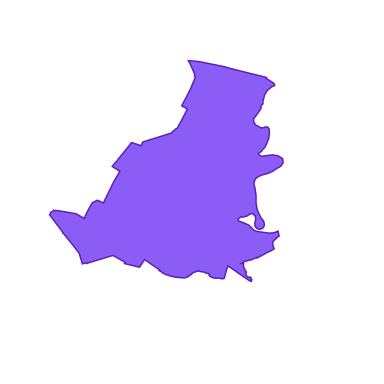 outline of Dridu, Ialomita, Romania, rotated 53°
{"feature_id": "2599482B72260409838364", "entity_name": "Dridu", "entity_type": "district", "adm_level": 2, "iso_a3": "ROU", "parent_name": "Romania", "parent_adm1": "Ialomita", "projection": "albers", "projection_center": [26.481, 44.685], "detail": "fine", "context": "isolated", "style": "filled", "palette": "violet", "viewbox_px": 384, "rotation_deg": 53, "n_neighbors": 0, "source": "geoboundaries", "source_scale": "gbopen_adm2", "svg_char_len": 5752}
<svg xmlns="http://www.w3.org/2000/svg" viewBox="0 0 384 384"><g transform="rotate(53 192 192)"><path d="M262.3,231.4L262.5,231.1L262.8,230.8L263.1,230.6L263.6,230.5L264.1,230.2L264.6,229.9L265.4,229.5L266.3,228.7L266.9,228.1L267.5,227.5L267.5,227.4L267.8,227.4L267.8,227.5L268.0,227.6L268.1,227.8L268.3,228.0L268.6,228.4L269.0,228.5L269.5,228.5L269.8,228.4L270.0,228.4L270.3,228.3L270.6,228.2L270.8,228.1L271.1,228.0L271.4,227.9L271.8,227.7L272.1,227.5L272.5,227.3L273.0,227.0L273.1,226.8L273.7,226.3L274.0,226.1L274.4,225.6L274.6,225.4L274.9,225.1L275.0,224.9L275.3,224.7L275.5,224.4L276.1,223.6L276.3,223.3L276.4,223.2L276.6,222.9L276.8,222.6L277.1,222.4L277.3,222.1L277.9,221.4L278.3,221.2L278.8,220.8L279.5,220.2L279.7,219.9L279.8,219.8L279.9,219.7L279.9,219.3L279.9,219.1L280.0,218.6L280.3,218.3L280.2,218.2L279.3,216.9L278.9,216.4L277.7,215.0L276.5,213.3L275.6,212.1L273.4,208.9L272.6,207.8L274.6,207.1L277.0,206.3L279.7,205.4L281.1,204.9L282.2,204.6L283.8,204.1L285.0,203.6L285.9,203.4L287.6,202.8L289.9,202.1L292.6,201.2L293.9,200.7L295.4,200.2L297.2,199.6L297.4,199.5L299.1,198.5L298.2,197.2L297.9,196.9L297.7,196.9L297.4,196.9L297.1,197.0L296.8,197.2L296.6,197.3L296.4,197.3L296.1,196.9L295.9,196.5L295.7,196.5L295.3,196.5L295.0,196.8L294.8,197.2L293.5,198.4L293.1,198.6L292.6,198.7L292.2,198.8L291.8,198.9L291.3,198.8L290.9,198.8L290.8,198.7L290.4,198.5L290.2,198.4L289.9,198.3L289.7,198.1L289.4,198.1L289.2,198.2L289.0,197.1L288.9,196.8L288.7,196.7L286.6,196.6L284.1,196.1L283.4,195.9L282.8,195.6L282.0,195.3L280.9,194.5L279.9,193.7L279.3,194.9L278.9,195.4L279.1,193.8L279.2,193.4L279.2,192.5L279.3,191.3L280.6,188.3L281.0,186.4L281.9,185.8L282.0,185.6L283.0,179.7L283.9,179.9L284.1,178.5L284.4,176.5L284.7,174.7L284.8,173.8L284.9,172.9L285.0,172.3L285.1,171.7L285.2,171.3L285.2,170.7L285.6,167.9L286.0,166.5L286.4,164.6L286.7,161.9L286.8,160.9L286.9,160.7L286.7,160.5L285.6,160.2L285.1,160.1L284.7,160.0L284.1,159.7L283.4,159.4L283.0,159.2L282.5,159.0L282.0,158.8L281.7,158.6L281.5,158.4L281.2,158.2L280.8,157.8L280.6,157.4L280.5,157.1L279.9,154.4L279.8,153.9L279.9,152.8L279.8,152.4L279.7,152.2L279.5,151.9L279.3,151.8L279.8,149.2L279.3,148.8L275.0,146.8L274.2,150.2L273.1,152.5L271.1,155.3L269.8,156.6L266.2,160.3L263.3,163.2L262.1,164.2L259.8,165.5L258.4,165.8L256.3,166.0L254.5,166.4L252.5,166.6L251.1,167.4L249.7,168.3L248.3,168.9L247.1,169.7L246.4,170.1L244.5,171.5L243.0,172.0L242.2,171.9L241.6,171.7L241.3,170.8L241.2,169.2L241.4,168.3L241.8,167.5L242.3,167.0L242.7,166.3L244.3,162.6L244.4,161.5L244.3,160.1L244.5,159.2L244.9,158.2L245.5,157.2L246.0,156.6L246.8,156.3L248.9,156.1L250.2,156.4L251.0,156.9L252.1,157.7L253.3,158.8L254.0,159.8L255.3,161.1L255.9,161.4L257.5,162.3L258.6,162.3L259.9,162.1L260.8,161.8L261.9,161.1L262.8,159.9L263.2,158.8L263.4,157.7L263.2,156.3L262.8,155.3L262.6,155.0L262.1,154.2L261.0,153.5L259.4,152.7L258.0,152.3L257.1,152.3L254.3,152.5L248.0,151.3L245.1,150.4L240.6,148.2L238.8,147.1L236.6,145.4L232.9,142.7L227.3,139.6L223.6,138.0L221.9,136.7L221.0,135.7L219.8,133.6L219.5,131.6L219.6,129.8L219.9,128.4L221.0,124.7L222.6,120.7L223.1,119.2L224.0,115.3L224.3,109.2L224.8,106.4L224.8,105.6L224.7,104.9L224.3,104.1L224.2,103.6L224.1,103.0L223.8,102.2L223.3,101.5L222.4,100.9L222.1,100.7L219.9,99.6L218.0,100.2L214.6,101.7L210.6,105.6L205.3,115.0L202.2,116.2L201.1,115.7L201.3,113.9L201.4,112.0L200.7,110.2L200.1,106.6L197.8,102.4L195.7,98.9L191.8,94.9L187.9,92.4L185.9,92.4L184.4,93.8L183.9,95.8L182.5,98.1L177.0,100.8L173.4,100.6L170.7,98.7L168.1,90.1L166.8,86.6L164.9,85.2L164.4,83.9L164.5,82.9L164.2,82.2L162.4,80.9L158.1,75.5L156.1,70.5L156.0,65.3L156.6,61.8L154.5,61.2L153.8,61.4L150.9,62.5L145.9,64.4L145.3,63.6L138.4,69.2L138.3,69.3L130.3,75.8L127.8,77.8L119.5,84.5L113.1,89.6L112.7,89.6L103.4,97.8L99.4,101.4L93.4,106.7L91.0,109.2L90.9,109.1L85.0,115.7L84.9,115.9L87.5,116.2L88.9,116.4L89.5,116.6L93.6,117.5L96.9,118.3L98.5,118.7L98.9,118.9L100.0,119.4L102.7,120.8L102.7,121.0L103.3,122.0L103.9,123.0L104.5,123.9L105.5,125.7L106.3,127.0L107.1,128.3L107.9,129.6L108.7,131.0L109.5,132.7L111.0,135.7L112.2,138.2L117.0,148.4L120.2,146.9L122.9,145.7L126.6,153.4L126.7,153.6L126.8,153.7L130.2,160.9L130.4,161.3L130.5,161.7L130.6,162.0L130.8,162.5L131.4,163.7L131.8,164.6L132.1,165.3L132.2,165.5L132.0,166.1L131.8,166.7L131.8,167.0L132.0,167.9L132.1,168.5L132.0,169.7L132.0,170.3L132.0,170.8L132.2,171.7L132.4,172.5L132.5,172.9L122.4,201.3L124.4,204.7L116.1,210.5L116.1,211.0L116.5,212.3L117.1,214.1L117.3,214.9L118.0,217.6L118.5,219.7L119.0,221.6L120.7,228.5L121.0,230.0L121.1,230.4L121.3,231.0L121.9,232.9L122.2,234.6L122.6,236.6L123.0,237.9L123.5,240.3L124.0,240.2L127.1,239.0L132.0,237.2L134.0,241.7L135.3,244.9L136.0,246.6L136.5,247.9L137.5,250.0L137.8,250.5L141.0,256.7L141.8,258.3L142.8,260.3L144.2,263.1L144.7,264.0L146.0,266.6L146.9,268.2L147.4,269.3L142.0,272.2L141.7,272.4L141.6,272.6L140.6,277.8L141.2,279.5L142.1,281.6L142.5,282.8L143.0,283.7L144.4,286.7L146.3,290.5L147.0,291.9L147.6,292.7L148.5,293.8L144.1,295.7L140.1,297.4L139.5,297.7L137.1,300.0L130.1,306.6L125.5,311.0L125.1,311.6L124.2,312.9L123.9,313.1L123.3,313.4L123.2,313.5L123.4,314.4L123.5,314.8L123.3,316.8L123.3,317.2L123.3,317.5L123.7,318.0L124.2,318.5L124.6,318.9L124.6,319.5L139.1,319.4L146.8,319.5L147.0,319.9L147.9,319.8L148.6,319.5L149.9,319.5L162.2,319.1L173.1,319.0L183.4,322.8L184.7,319.3L185.5,319.5L190.1,306.9L195.1,293.3L208.1,287.6L208.5,289.0L220.5,279.2L217.4,270.5L224.5,268.2L233.1,265.3L234.1,265.4L235.1,265.5L235.0,264.7L235.9,264.9L238.9,264.2L241.9,262.8L247.0,259.1L250.1,256.4L254.1,252.1L255.7,250.1L256.7,248.3L257.3,246.3L257.4,241.6L257.0,240.2L257.1,239.4L257.6,238.7L258.0,236.2L259.2,234.2L260.1,233.4L261.2,232.7L262.3,231.4Z" fill="#8b5cf6" stroke="#5b21b6" stroke-width="1.5"/></g></svg>